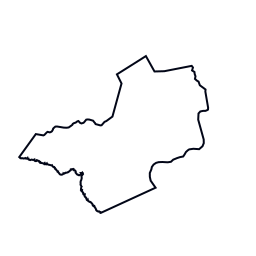 the district of Ngchesechang, Airai, Palau, rotated 126°
{"feature_id": "81905179B88239301587184", "entity_name": "Ngchesechang", "entity_type": "district", "adm_level": 2, "iso_a3": "PLW", "parent_name": "Palau", "parent_adm1": "Airai", "projection": "albers", "projection_center": [134.583, 7.399], "detail": "fine", "context": "isolated", "style": "outline", "palette": "ink", "viewbox_px": 256, "rotation_deg": 126, "n_neighbors": 0, "source": "geoboundaries", "source_scale": "gbopen_adm2", "svg_char_len": 5641}
<svg xmlns="http://www.w3.org/2000/svg" viewBox="0 0 256 256"><g transform="rotate(126 128 128)"><path d="M40.3,113.0L60.7,132.0L66.7,139.8L59.3,155.8L76.9,162.8L91.1,168.5L95.8,159.4L127.9,147.3L135.1,149.6L136.8,150.6L141.3,151.0L142.2,152.0L143.0,154.2L143.9,156.5L143.3,157.8L143.2,158.6L142.6,160.5L143.4,162.8L144.0,164.4L144.9,165.8L145.8,166.7L149.4,166.9L150.2,167.2L151.7,168.4L152.0,169.8L151.5,172.2L152.4,172.9L154.4,173.5L155.7,174.5L157.1,175.1L158.2,174.9L159.5,175.3L162.4,176.3L163.1,177.0L164.0,178.0L165.5,180.3L168.4,186.1L169.1,187.1L169.6,187.6L170.8,187.9L171.7,188.1L172.5,188.2L173.4,187.8L174.6,187.7L175.4,187.6L176.7,188.1L177.5,188.7L178.4,190.8L179.2,191.1L182.8,191.6L183.7,192.1L187.1,199.0L215.4,198.9L215.4,198.6L215.5,197.7L215.7,197.4L215.6,197.1L215.4,196.7L215.2,196.7L215.1,196.4L214.7,195.8L214.5,195.5L214.3,195.4L214.1,194.6L213.9,194.3L213.7,194.1L213.3,193.9L213.1,193.7L213.0,193.4L212.7,193.3L212.8,192.9L212.7,192.8L212.7,192.7L212.4,192.5L212.5,192.3L212.4,192.1L212.3,191.8L212.2,191.8L212.1,191.7L211.9,191.5L211.7,191.5L211.9,191.3L211.8,191.1L211.7,190.9L211.4,190.8L211.3,190.6L211.6,190.4L211.9,189.8L211.7,189.5L211.7,189.0L211.6,188.8L211.5,188.4L211.2,188.0L210.4,187.6L210.1,187.2L210.0,186.9L209.9,186.5L209.6,186.0L209.4,185.8L209.2,185.7L209.1,185.3L208.8,185.2L209.2,184.9L209.3,184.4L209.3,183.6L209.0,183.3L208.7,182.8L208.3,182.7L208.0,183.0L207.8,183.1L207.7,182.8L207.5,182.6L207.4,182.1L207.5,181.7L207.4,181.5L207.3,181.4L207.2,181.2L207.0,180.8L207.0,180.6L207.3,180.3L207.5,180.1L207.3,179.7L207.4,179.4L207.2,179.2L207.5,179.0L207.8,178.7L207.5,177.9L207.2,177.8L207.2,177.5L207.0,177.1L206.8,176.7L206.6,176.1L206.4,175.7L206.4,175.1L206.0,175.0L206.3,174.8L206.4,174.5L206.0,174.4L206.1,174.2L205.8,173.9L205.7,174.0L205.5,173.9L205.7,173.7L205.6,173.0L205.2,172.9L205.4,172.8L205.4,172.7L205.1,172.5L204.9,172.5L204.5,172.6L204.5,172.3L204.8,172.2L204.6,171.8L204.5,171.0L204.3,170.5L204.0,169.9L203.8,169.5L203.7,169.1L203.4,168.4L203.2,167.8L202.8,167.6L203.1,167.1L203.2,166.6L203.4,166.0L203.2,165.0L203.1,164.9L203.3,164.7L203.3,164.3L203.1,164.2L203.1,163.8L203.5,163.6L203.9,163.0L203.9,162.2L203.7,161.9L203.9,161.5L204.2,161.1L204.2,160.9L204.2,160.7L204.4,160.0L204.3,159.5L204.6,159.3L204.4,159.0L204.8,158.8L204.9,157.8L205.0,157.6L205.0,157.4L205.5,156.0L205.3,155.1L205.0,154.5L204.6,154.2L204.4,153.9L204.0,153.7L203.6,153.5L203.2,153.4L202.9,153.4L202.7,153.5L202.7,153.2L202.4,152.8L202.1,152.8L202.0,152.6L201.8,152.5L201.5,152.5L201.4,152.3L201.2,152.2L200.9,152.2L200.8,151.9L200.5,151.7L199.9,151.1L199.6,150.9L199.4,150.7L198.9,150.6L198.8,150.4L198.2,150.2L197.7,150.1L196.9,149.9L196.3,149.7L196.0,149.7L195.9,149.6L195.5,149.6L195.3,149.9L195.1,150.0L195.0,149.9L194.9,149.8L194.7,149.5L194.6,149.2L194.2,149.1L194.1,148.8L194.1,148.7L193.9,148.6L194.0,148.3L193.9,148.1L193.8,147.9L193.7,147.8L193.2,147.8L193.2,147.7L193.7,147.3L193.9,147.1L194.0,146.8L193.8,146.5L193.7,146.3L193.5,146.0L193.5,145.8L193.6,145.5L193.8,144.8L194.3,144.6L194.7,144.4L195.0,144.0L195.0,143.5L195.1,143.2L195.4,142.5L195.5,141.9L195.3,141.5L195.2,141.2L195.3,141.0L195.3,140.6L195.1,140.0L194.9,139.7L194.5,139.5L194.3,139.4L194.0,139.3L193.6,139.2L193.2,139.2L192.7,138.8L192.4,138.8L192.0,138.7L191.8,138.9L191.7,139.0L191.7,139.3L191.6,139.2L191.6,138.9L191.2,138.8L191.3,138.7L191.5,138.5L191.5,138.2L191.4,138.1L191.6,138.0L191.5,137.9L191.4,137.8L191.4,137.7L191.7,137.3L191.9,137.3L192.2,137.4L192.5,137.4L193.0,137.3L193.9,137.4L194.1,137.4L194.5,137.2L195.1,136.5L195.7,136.1L195.9,135.9L196.4,135.7L197.2,135.4L198.0,135.1L198.6,135.1L198.9,134.9L199.3,134.8L199.7,134.6L199.8,134.5L200.1,134.2L200.3,133.9L200.5,133.8L200.7,133.7L201.3,133.4L201.6,133.2L201.8,133.0L202.0,132.7L202.0,132.3L202.3,132.0L202.4,131.8L202.6,131.6L202.7,131.3L202.7,131.2L202.9,131.2L203.1,131.1L203.3,131.0L203.7,130.8L204.3,130.6L204.7,130.3L205.2,130.0L205.2,129.9L205.4,129.8L205.6,129.7L205.3,129.2L205.8,129.2L206.0,129.3L206.2,129.0L206.3,128.8L206.3,128.5L206.2,128.3L205.9,128.1L206.2,127.8L206.5,127.4L206.7,126.8L206.6,126.3L206.8,126.0L207.3,125.8L207.5,125.6L207.8,125.2L207.9,124.8L207.8,124.5L207.5,124.4L207.2,124.3L207.0,124.0L207.2,123.9L207.5,124.1L207.8,124.0L208.0,123.6L208.1,123.4L208.3,123.3L208.5,123.1L208.8,122.8L208.8,122.5L209.0,122.1L208.9,121.2L209.3,120.8L209.3,120.3L209.6,120.1L209.8,119.8L210.2,119.4L210.4,119.0L210.4,118.8L210.4,118.6L210.2,118.2L209.8,118.2L210.3,117.6L210.5,117.0L210.3,116.5L210.4,115.7L210.0,115.2L209.9,114.9L210.0,114.4L210.1,114.1L210.0,113.9L210.1,113.6L210.2,113.0L210.3,112.5L210.5,112.1L210.6,111.7L210.8,111.7L211.0,111.4L211.2,111.2L211.2,110.8L211.4,110.5L211.5,110.3L211.5,109.9L211.3,109.7L211.0,109.5L211.2,109.3L211.1,108.9L211.6,108.4L211.8,108.1L211.9,107.3L212.2,106.8L212.4,106.4L212.5,106.2L213.0,105.8L213.1,105.3L213.1,104.9L213.3,104.7L213.3,104.0L213.1,103.4L213.1,103.0L212.8,102.8L212.8,102.6L212.6,102.5L212.4,102.3L212.4,102.1L212.4,101.5L212.3,101.2L212.2,100.9L212.3,100.8L212.5,100.9L212.7,100.7L212.9,100.5L212.8,100.2L160.1,70.6L157.3,78.7L154.7,81.6L151.6,83.9L147.7,84.8L145.5,85.8L142.5,85.8L139.7,84.8L137.6,83.1L135.3,80.2L132.4,75.7L130.1,73.4L127.0,72.8L124.3,71.1L123.9,70.9L121.1,68.9L118.6,66.6L116.0,66.7L113.4,67.0L110.9,66.5L109.3,65.9L106.4,62.9L103.5,58.3L103.3,58.0L99.0,57.0L95.7,57.8L92.8,60.0L80.0,76.1L74.8,79.5L72.1,79.2L70.1,77.4L68.7,75.5L67.5,74.7L66.1,74.1L64.5,75.1L53.1,86.8L51.3,87.9L51.2,95.0L49.0,98.2L49.2,100.2L48.9,102.7L46.5,103.8L45.1,105.8L43.6,107.2L43.8,110.0L40.9,111.0L40.3,113.0Z" fill="none" stroke="#020617" stroke-width="2"/></g></svg>